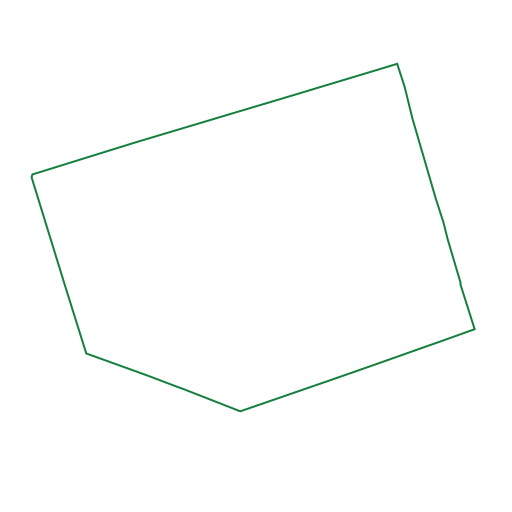 the district of Butler, Pennsylvania, United States of America, rotated 253°
{"feature_id": "52423323B72278925034115", "entity_name": "Butler", "entity_type": "district", "adm_level": 2, "iso_a3": "USA", "parent_name": "United States of America", "parent_adm1": "Pennsylvania", "projection": "natural_earth1", "projection_center": [-79.963, 40.921], "detail": "fine", "context": "isolated", "style": "outline", "palette": "green", "viewbox_px": 512, "rotation_deg": 253, "n_neighbors": 0, "source": "geoboundaries", "source_scale": "gbopen_adm2", "svg_char_len": 474}
<svg xmlns="http://www.w3.org/2000/svg" viewBox="0 0 512 512"><g transform="rotate(253 256 256)"><path d="M153.6,142.8L151.2,146.1L112.1,195.5L115.2,281.9L116.1,306.1L118.2,357.0L119.7,390.6L120.3,405.8L122.1,443.7L168.9,443.2L170.7,443.8L215.7,444.2L233.7,445.1L258.2,444.7L341.8,445.8L374.3,447.6L398.5,447.2L398.9,337.9L399.3,275.9L399.9,172.6L399.4,66.1L396.9,64.4L281.5,64.7L212.4,65.2L171.4,119.9L153.6,142.8Z" fill="none" stroke="#15803d" stroke-width="2"/></g></svg>